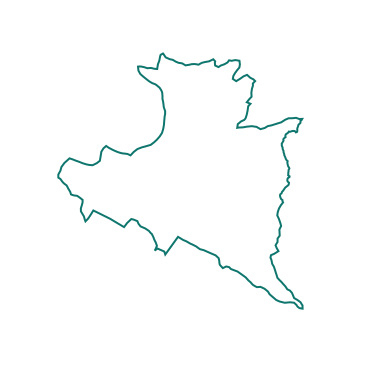 outline of Ainamoi, Rift Valley, Kenya, rotated 75°
{"feature_id": "3690345B54801368411234", "entity_name": "Ainamoi", "entity_type": "district", "adm_level": 2, "iso_a3": "KEN", "parent_name": "Kenya", "parent_adm1": "Rift Valley", "projection": "natural_earth1", "projection_center": [35.277, -0.312], "detail": "fine", "context": "isolated", "style": "outline", "palette": "teal", "viewbox_px": 384, "rotation_deg": 75, "n_neighbors": 0, "source": "geoboundaries", "source_scale": "gbopen_adm2", "svg_char_len": 4658}
<svg xmlns="http://www.w3.org/2000/svg" viewBox="0 0 384 384"><g transform="rotate(75 192 192)"><path d="M230.5,112.3L227.8,109.6L225.6,106.7L224.6,107.0L223.2,106.7L221.7,107.8L220.1,108.0L218.8,108.0L217.8,107.8L217.0,107.2L216.5,105.9L215.1,104.9L214.3,103.6L213.5,102.7L212.7,101.8L211.8,100.7L211.4,99.7L211.0,98.8L210.6,97.8L210.1,96.9L209.3,96.4L208.1,95.9L206.8,96.8L205.6,97.0L203.8,96.2L203.2,95.4L202.9,94.1L202.1,93.7L200.8,94.8L199.6,94.3L198.7,94.2L197.5,93.6L195.7,93.0L194.6,91.9L193.6,91.9L192.4,92.4L190.9,92.5L189.5,92.4L188.2,92.3L187.0,91.6L185.9,92.3L184.5,92.8L182.8,92.9L181.6,93.1L180.4,93.3L178.8,93.1L177.6,93.3L176.6,93.1L175.5,93.0L174.5,93.3L173.5,93.2L172.5,93.0L170.5,93.3L169.6,93.0L168.5,92.8L167.6,91.8L166.1,90.3L165.1,90.3L164.3,89.8L163.8,88.9L163.2,87.4L162.1,87.4L160.6,86.5L160.1,85.1L159.5,83.6L158.7,82.9L159.2,81.8L159.1,80.2L159.1,78.8L159.6,77.3L160.2,76.6L161.3,76.2L161.1,74.9L159.8,74.3L158.5,74.1L157.6,73.7L156.5,72.9L154.6,71.7L153.4,69.5L152.3,69.0L151.3,68.8L150.9,67.6L149.9,66.6L149.2,69.6L147.3,72.3L146.8,75.6L145.8,79.6L146.3,83.2L147.8,87.8L148.0,93.4L148.2,97.9L148.0,101.8L149.0,105.3L149.0,109.6L145.8,112.8L144.1,116.7L143.8,117.7L143.4,120.3L143.1,121.9L142.9,124.1L142.8,125.6L142.3,128.1L141.9,129.8L141.7,131.7L138.3,130.2L136.5,126.3L135.9,122.9L135.1,121.7L134.3,120.9L131.3,119.0L127.9,117.3L123.7,115.5L121.9,112.7L119.5,115.8L117.2,112.7L115.4,109.8L111.6,109.0L107.8,107.4L105.2,105.7L102.9,105.1L101.2,102.3L99.0,103.6L96.8,106.1L93.1,108.5L93.6,112.2L94.9,115.7L96.4,120.6L93.3,123.3L90.6,122.0L88.3,119.7L86.2,117.1L84.0,114.0L81.1,112.7L77.5,112.2L75.8,116.0L75.5,119.9L74.4,122.1L76.1,124.2L77.0,127.7L77.3,131.5L78.2,134.1L75.8,136.9L73.1,136.5L71.8,135.8L69.3,137.1L70.2,141.7L69.8,146.3L69.8,149.3L70.7,152.7L69.2,156.0L68.5,158.8L68.4,159.9L68.4,161.6L68.0,165.5L65.2,168.2L63.7,171.6L62.0,173.8L60.9,174.9L59.4,176.3L57.9,179.2L55.3,182.4L54.5,182.8L51.8,183.7L50.7,184.2L51.4,186.8L52.4,187.5L53.4,188.0L56.7,189.6L59.9,191.9L64.2,193.8L63.7,195.2L63.1,196.7L61.5,199.6L60.9,203.0L58.8,206.3L57.6,208.8L57.1,210.4L56.9,211.7L60.9,212.3L64.6,211.4L68.1,209.1L71.1,206.9L73.9,204.8L76.5,202.3L78.2,199.9L79.3,198.8L80.3,198.1L82.9,196.3L85.7,195.4L87.5,195.1L88.5,195.1L91.7,195.7L92.9,196.0L94.2,196.4L96.5,196.5L97.9,196.6L99.5,196.8L102.7,197.3L106.9,197.0L109.8,197.8L111.8,198.8L114.2,199.7L115.8,200.3L119.8,201.7L123.5,203.4L127.2,205.7L129.9,208.7L132.4,212.4L134.1,215.6L135.8,219.7L135.9,225.1L135.9,229.0L136.4,233.6L138.2,237.9L140.7,241.9L138.6,244.4L137.8,246.3L136.8,248.9L136.3,250.0L134.6,252.8L132.9,255.1L132.0,256.2L130.4,258.1L129.7,258.8L127.9,260.8L125.3,263.0L126.9,266.2L129.6,269.1L138.0,272.9L139.5,276.5L140.4,281.1L139.3,284.2L138.0,286.8L136.1,289.9L133.5,293.4L131.1,296.9L130.2,298.0L129.3,299.3L127.8,301.6L129.2,304.3L130.9,307.7L134.1,311.7L137.4,313.6L140.5,316.6L143.5,317.4L145.4,315.7L148.2,314.7L149.6,314.0L150.8,313.3L153.2,311.4L156.8,310.6L160.3,309.6L163.0,309.5L163.7,308.6L164.7,307.0L166.0,303.9L168.6,301.7L171.3,299.7L174.0,300.5L176.7,302.1L179.1,303.6L182.0,304.3L184.8,303.5L187.6,302.7L190.3,302.7L191.8,302.6L192.8,302.5L191.0,299.5L189.6,297.8L186.7,294.6L184.3,292.1L196.7,278.0L202.9,272.0L208.3,266.7L205.1,262.6L202.4,257.6L203.5,255.6L204.1,254.8L206.0,252.3L208.8,251.9L211.9,250.6L215.1,246.6L218.4,243.7L221.2,242.4L222.1,241.7L226.1,240.9L227.1,240.9L230.2,240.4L231.1,240.1L234.9,239.8L237.5,241.8L238.9,243.2L237.7,239.9L239.6,237.6L240.2,236.8L242.3,234.2L245.5,234.0L231.7,217.1L236.0,213.0L238.2,210.2L241.7,206.7L242.4,205.7L245.9,201.8L246.8,201.2L249.3,199.1L251.3,195.6L253.1,193.4L255.9,189.9L259.3,185.6L262.8,183.4L265.6,183.5L266.6,183.7L268.5,184.0L269.6,183.9L271.1,183.2L273.5,181.9L272.8,178.3L274.1,175.7L276.5,174.3L278.1,172.1L280.6,168.6L284.7,165.2L288.4,162.2L292.0,160.4L293.3,159.5L294.5,158.7L297.2,157.4L299.1,155.7L300.7,153.9L301.4,150.3L304.2,147.0L307.8,144.4L310.6,143.6L311.8,142.9L314.9,140.8L318.1,138.6L320.4,135.8L323.0,131.1L323.9,125.8L325.4,122.0L328.2,120.3L330.1,119.7L332.0,118.2L333.3,115.4L330.1,114.6L329.1,115.0L326.6,115.7L324.6,117.3L323.4,118.3L320.9,120.8L317.9,121.2L316.2,121.4L315.2,121.6L312.6,122.9L310.7,125.1L307.2,126.3L304.0,128.0L302.6,128.6L301.2,129.4L299.7,130.3L297.0,131.7L293.3,131.8L292.4,131.9L289.0,132.0L285.7,132.2L284.7,132.4L282.7,133.0L281.7,133.1L278.8,132.9L277.8,132.9L275.8,133.2L273.5,132.1L272.9,128.4L271.5,123.8L268.1,124.7L265.1,125.1L262.4,122.3L259.1,121.4L256.9,118.6L253.7,117.9L250.9,117.3L247.9,114.7L244.8,114.7L240.6,115.0L236.7,115.7L233.7,114.4L230.5,112.3Z" fill="none" stroke="#0f766e" stroke-width="2"/></g></svg>